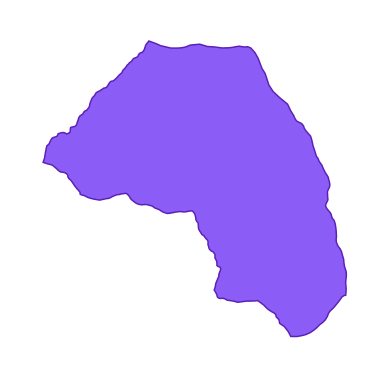 Tsamang, Mongar, Bhutan, rotated 354°
{"feature_id": "84629894B64921010136115", "entity_name": "Tsamang", "entity_type": "district", "adm_level": 2, "iso_a3": "BTN", "parent_name": "Bhutan", "parent_adm1": "Mongar", "projection": "mercator", "projection_center": [91.133, 27.369], "detail": "fine", "context": "isolated", "style": "filled", "palette": "violet", "viewbox_px": 384, "rotation_deg": 354, "n_neighbors": 0, "source": "geoboundaries", "source_scale": "gbopen_adm2", "svg_char_len": 4567}
<svg xmlns="http://www.w3.org/2000/svg" viewBox="0 0 384 384"><g transform="rotate(354 192 192)"><path d="M336.1,283.0L335.9,282.2L335.7,278.5L335.7,276.9L335.8,274.7L335.3,272.1L334.7,268.8L334.5,267.1L333.9,265.4L333.4,264.1L332.0,261.8L331.2,260.1L330.3,256.7L330.4,254.1L331.0,251.5L331.1,250.1L331.1,249.5L331.3,246.0L331.3,242.4L331.1,238.8L330.5,235.6L329.8,234.2L328.7,232.7L328.4,231.1L328.0,228.7L327.2,226.7L325.8,224.8L324.3,222.4L323.9,221.4L323.4,219.6L323.8,218.2L324.8,216.6L326.0,214.8L326.4,213.5L326.4,212.2L326.4,210.3L326.6,208.4L326.6,206.7L327.1,204.9L328.2,203.2L329.3,201.4L329.8,199.4L329.8,196.9L329.3,194.2L329.0,191.5L327.5,188.3L326.6,186.8L326.0,185.1L324.9,182.1L324.1,179.2L323.3,177.7L322.3,176.0L321.5,174.3L320.8,171.6L319.3,169.2L319.0,167.0L318.2,163.2L317.8,161.3L317.3,159.2L316.9,155.9L316.4,151.7L315.7,148.7L312.9,144.8L311.6,142.9L310.2,140.1L310.0,138.4L309.0,136.5L307.9,135.2L306.5,134.3L303.9,132.7L302.8,131.2L301.8,128.9L301.2,126.8L298.6,121.4L296.2,114.6L288.8,107.1L283.2,100.6L279.6,93.6L278.2,86.7L277.1,81.8L274.5,76.4L271.7,65.8L269.1,59.9L267.8,58.1L265.5,54.9L262.5,53.3L259.4,53.3L253.9,51.9L247.2,52.4L243.1,52.4L237.0,51.9L229.6,50.1L222.5,48.9L215.1,45.8L205.8,45.7L200.3,47.2L196.1,47.5L191.9,47.3L186.2,46.7L176.3,43.3L171.6,40.6L164.9,37.3L164.4,38.0L163.8,38.5L163.1,39.1L162.2,40.1L161.6,40.7L161.0,41.8L160.3,43.4L159.2,45.8L157.8,47.3L156.8,48.0L155.9,48.1L154.2,48.7L153.2,50.0L152.2,51.6L150.7,52.4L148.4,52.9L147.5,53.4L146.5,54.5L145.2,56.0L144.1,56.4L143.1,57.1L142.2,58.1L140.9,58.9L139.7,60.4L138.3,61.9L136.6,63.2L135.8,64.1L134.7,66.0L133.4,67.0L132.0,67.9L128.4,71.2L125.6,73.1L124.8,73.4L123.4,73.4L122.5,73.7L121.2,74.9L119.4,77.3L118.1,78.8L116.6,79.4L115.0,79.5L114.1,80.0L112.7,80.8L111.8,81.2L110.7,81.8L107.7,82.9L106.7,83.6L105.8,85.0L104.6,86.4L103.0,87.6L102.0,89.0L100.5,91.8L99.6,93.8L99.1,95.5L98.6,96.8L97.9,97.5L96.8,98.7L95.7,99.7L94.4,100.1L93.4,100.6L92.3,101.8L91.8,102.7L90.9,103.5L90.1,103.7L89.2,104.2L88.3,104.8L87.3,106.2L86.6,107.5L86.4,108.3L85.7,109.7L85.1,110.8L84.6,112.2L83.7,113.6L83.1,114.2L81.5,114.7L78.9,114.9L78.0,115.3L77.5,116.9L77.4,118.0L77.1,119.4L76.4,120.2L74.9,120.7L73.5,121.2L72.4,120.4L71.3,119.7L70.3,119.4L69.3,119.3L68.5,119.4L67.1,119.6L66.0,119.9L65.2,119.9L64.8,120.3L64.3,121.4L63.7,122.2L63.0,122.6L62.3,122.9L60.7,123.1L59.4,123.4L58.4,123.9L57.8,124.6L56.5,126.4L55.7,127.8L54.7,129.4L52.4,131.0L50.5,136.9L48.9,142.9L47.0,146.9L47.9,147.4L51.1,148.8L54.8,150.2L56.0,150.7L58.2,153.0L60.0,154.9L60.7,156.0L63.1,158.2L64.7,158.7L66.9,159.2L69.0,160.5L70.2,162.2L70.2,164.2L71.0,165.9L72.7,167.6L73.7,169.3L76.1,173.8L78.0,176.8L79.3,178.5L80.6,180.7L80.6,182.6L81.6,183.2L85.0,184.6L87.5,186.3L90.5,187.7L94.3,189.0L99.3,190.4L103.1,190.0L105.4,189.7L107.6,189.7L109.5,189.4L113.2,187.9L116.8,186.9L119.6,186.9L121.6,186.5L123.7,186.5L125.7,186.3L127.0,187.0L128.2,188.3L129.7,190.7L130.0,191.9L131.3,193.6L133.0,195.3L134.4,196.6L136.3,198.0L138.7,199.0L140.7,199.5L141.9,199.5L143.9,199.5L145.7,199.8L148.9,201.0L151.1,201.9L153.2,203.9L157.7,206.2L160.2,208.4L163.3,210.0L165.4,210.8L166.8,210.8L168.7,210.8L169.5,210.3L170.9,210.7L172.1,210.3L176.0,210.2L178.3,210.2L181.4,210.9L183.9,211.1L185.6,210.8L188.3,210.7L190.0,210.8L191.2,211.9L192.2,213.6L192.7,215.3L193.0,217.6L193.0,219.8L193.5,221.5L194.9,223.4L194.8,225.2L194.7,227.7L194.7,229.3L195.3,231.0L196.4,233.2L197.4,235.3L199.2,236.7L201.0,239.9L202.3,241.3L202.8,243.1L202.4,245.8L202.9,248.7L203.2,250.5L204.9,252.6L207.0,254.0L208.2,256.4L208.2,258.1L207.9,259.8L208.9,262.3L209.4,263.7L209.3,265.9L209.1,267.8L210.1,268.7L212.1,269.8L212.5,271.3L212.3,272.4L211.2,274.4L210.1,276.7L209.9,278.7L208.9,280.3L207.3,283.2L206.0,285.7L205.4,288.2L204.4,290.5L203.8,291.9L204.6,293.2L205.4,295.2L206.0,297.0L206.3,299.2L207.3,300.2L208.7,300.8L211.7,301.0L213.4,301.6L215.7,303.3L217.9,303.8L222.3,305.0L225.7,306.4L228.7,306.4L234.2,306.2L239.1,306.6L242.8,306.9L246.1,306.9L251.5,311.9L254.1,315.2L255.7,317.0L258.5,319.2L261.2,321.1L262.6,322.8L262.7,325.1L264.3,326.9L265.2,328.4L265.3,330.7L265.5,331.9L267.4,333.5L269.5,335.1L272.8,340.3L274.4,344.0L275.1,346.0L281.2,346.7L286.5,346.3L290.3,345.7L294.6,344.3L298.8,342.1L301.5,340.3L305.3,337.2L308.5,335.3L311.2,333.1L313.6,329.9L315.1,326.9L316.5,325.2L321.4,321.3L326.2,316.5L330.4,311.9L332.6,310.8L334.0,310.8L334.2,310.0L334.7,307.6L335.2,304.2L335.3,300.1L335.3,298.6L335.8,295.6L336.6,292.3L336.9,290.1L337.0,287.8L336.8,286.3L336.1,283.0Z" fill="#8b5cf6" stroke="#5b21b6" stroke-width="1.5"/></g></svg>